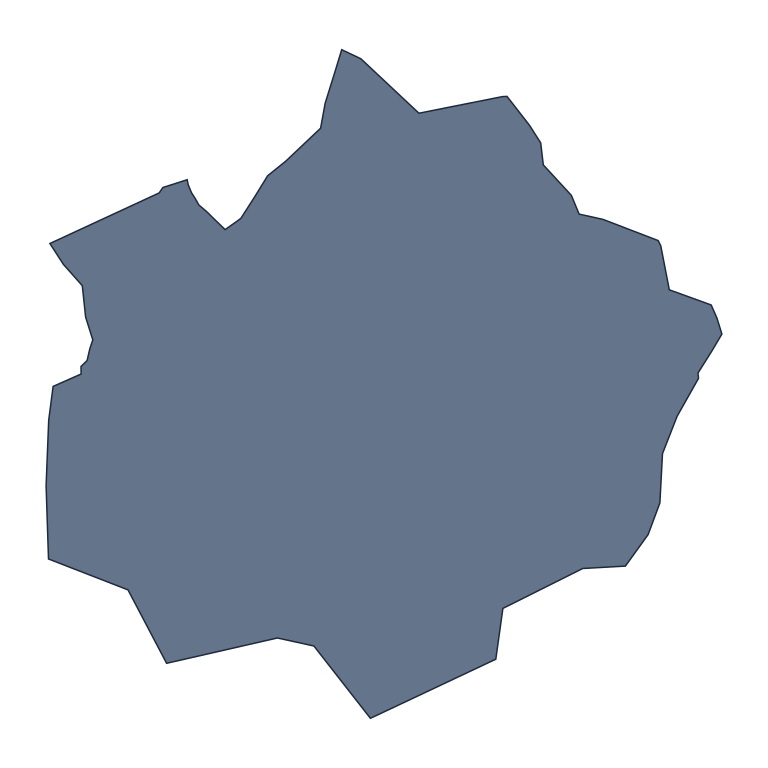 the district of Boluwaduro, Osun, Nigeria
{"feature_id": "59680162B7029176012538", "entity_name": "Boluwaduro", "entity_type": "district", "adm_level": 2, "iso_a3": "NGA", "parent_name": "Nigeria", "parent_adm1": "Osun", "projection": "mercator", "projection_center": [4.814, 7.924], "detail": "fine", "context": "isolated", "style": "filled", "palette": "slate", "viewbox_px": 768, "rotation_deg": 0, "n_neighbors": 0, "source": "geoboundaries", "source_scale": "gbopen_adm2", "svg_char_len": 894}
<svg xmlns="http://www.w3.org/2000/svg" viewBox="0 0 768 768"><path d="M495.8,659.2L502.9,608.4L582.7,568.5L625.4,566.1L648.1,534.6L659.9,502.9L662.5,453.6L677.1,416.3L698.5,378.4L698.0,373.0L711.8,351.1L721.9,334.1L717.0,318.2L711.2,305.0L669.3,289.8L660.8,245.9L658.2,240.6L603.0,219.4L579.1,214.1L571.4,195.4L543.3,164.9L540.7,142.9L529.5,125.3L507.0,96.4L502.4,96.6L418.9,113.2L360.9,58.8L341.7,49.7L335.0,71.7L325.2,103.1L320.6,128.2L285.6,161.3L267.7,175.7L254.9,196.5L240.9,218.3L237.3,221.0L225.1,229.6L212.9,217.8L207.5,212.4L198.8,204.9L195.4,198.8L191.5,192.7L188.1,184.5L187.2,179.7L162.9,187.5L159.2,192.9L49.9,243.5L63.4,264.4L82.3,285.7L85.6,317.0L92.8,339.9L89.8,348.8L87.1,360.5L81.0,366.5L81.1,374.0L53.1,386.4L48.7,420.2L46.1,485.7L48.5,559.0L128.0,589.9L166.6,663.3L277.3,638.0L313.9,646.0L370.4,718.3L495.8,659.2Z" fill="#64748b" stroke="#1e293b" stroke-width="1.5"/></svg>